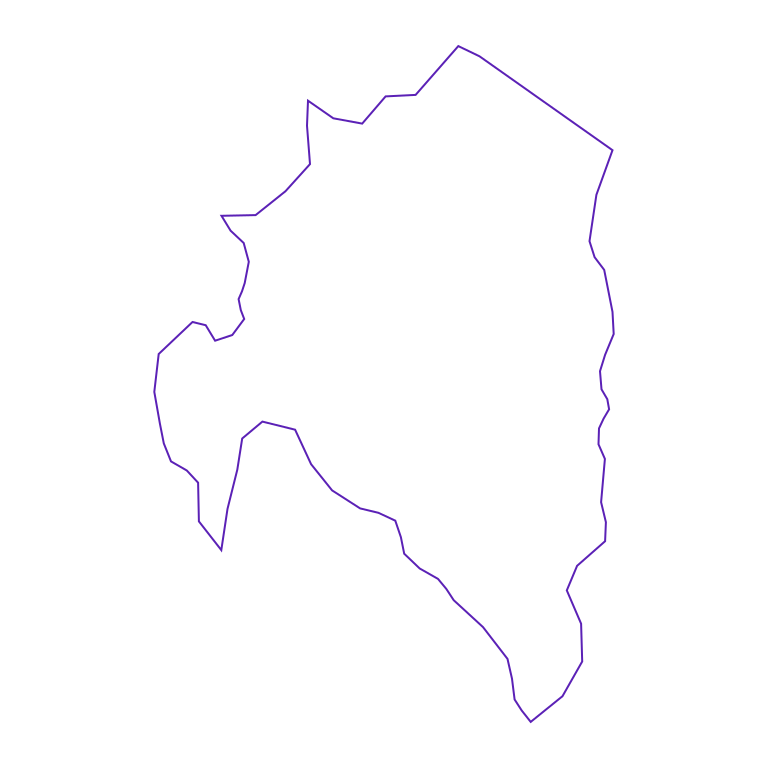 Amuria, Robinson projection
{"feature_id": "UGA-3124", "entity_name": "Amuria", "entity_type": "District", "adm_level": 1, "iso_a3": "UGA", "parent_name": "Uganda", "parent_adm1": "", "projection": "robinson", "projection_center": [33.651, 2.061], "detail": "fine", "context": "isolated", "style": "outline", "palette": "violet", "viewbox_px": 768, "rotation_deg": 0, "n_neighbors": 0, "source": "natural_earth", "source_scale": "10m", "svg_char_len": 1083}
<svg xmlns="http://www.w3.org/2000/svg" viewBox="0 0 768 768"><path d="M221.3,550.1L198.9,521.4L198.1,482.7L186.8,470.5L171.0,461.4L163.8,443.4L159.9,423.6L154.3,391.9L158.7,354.0L192.5,322.0L205.7,325.2L215.1,340.7L232.3,335.0L244.2,319.0L240.8,310.1L238.6,299.1L242.0,291.3L244.7,283.1L248.8,261.8L243.7,243.0L230.6,230.7L221.5,215.8L255.6,215.1L285.5,191.2L310.0,164.1L307.0,125.7L308.0,100.7L333.3,118.3L362.2,123.6L385.6,96.4L415.6,94.9L458.3,46.1L479.5,56.3L612.5,150.2L596.4,194.8L589.5,241.2L594.6,257.2L604.2,269.9L612.5,311.9L613.7,334.0L605.1,354.8L600.0,371.2L601.5,389.3L607.3,399.2L609.1,409.3L603.6,418.6L599.0,428.4L598.5,444.3L604.9,458.9L601.1,502.2L605.9,522.2L605.1,541.2L577.1,565.8L566.8,590.4L581.1,623.7L582.2,661.5L562.5,696.2L530.7,721.9L521.7,710.5L514.6,699.5L512.0,678.7L507.5,658.9L483.0,627.1L453.7,600.2L446.3,588.9L438.0,578.9L419.7,568.5L404.2,553.7L400.9,537.2L395.3,520.7L378.4,512.8L360.1,508.4L332.1,490.4L311.1,464.2L295.1,429.7L262.4,421.6L242.2,438.5L237.3,469.7L227.5,508.9L221.3,550.1Z" fill="none" stroke="#5b21b6" stroke-width="2"/></svg>